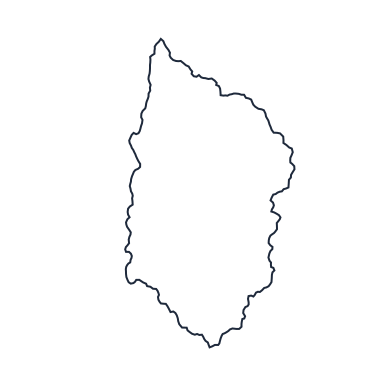 the district of Teresópolis, Rio de Janeiro, Brazil, rotated 315°
{"feature_id": "56859067B36550414581908", "entity_name": "Teresópolis", "entity_type": "district", "adm_level": 2, "iso_a3": "BRA", "parent_name": "Brazil", "parent_adm1": "Rio de Janeiro", "projection": "robinson", "projection_center": [-42.875, -22.297], "detail": "fine", "context": "isolated", "style": "outline", "palette": "slate", "viewbox_px": 384, "rotation_deg": 315, "n_neighbors": 0, "source": "geoboundaries", "source_scale": "gbopen_adm2", "svg_char_len": 3861}
<svg xmlns="http://www.w3.org/2000/svg" viewBox="0 0 384 384"><g transform="rotate(315 192 192)"><path d="M291.4,235.1L293.3,231.8L292.2,229.3L292.0,225.5L291.3,222.0L293.3,220.1L295.7,217.3L295.7,212.8L294.0,210.3L291.7,207.8L292.3,204.3L293.6,201.6L294.6,199.0L295.6,197.2L296.6,195.2L297.1,193.1L297.7,191.0L299.4,188.5L300.6,185.0L299.7,182.8L297.8,180.1L297.0,176.3L297.1,173.6L298.0,171.3L299.2,168.5L298.3,166.0L296.7,163.5L297.6,160.1L295.7,158.1L294.5,155.7L292.8,153.6L291.3,152.0L289.2,150.9L287.5,149.7L285.2,149.0L283.9,147.3L282.4,146.1L280.7,143.8L283.1,141.1L285.0,138.7L285.9,136.1L284.8,133.4L286.6,132.3L286.8,129.3L286.2,125.7L283.5,123.7L281.9,120.9L280.6,119.4L279.6,117.5L279.6,114.2L276.7,113.7L275.1,111.4L275.3,108.1L277.4,106.9L277.6,104.2L278.4,100.9L277.3,98.1L277.1,95.1L276.7,91.4L274.8,89.8L273.3,88.0L272.0,85.3L271.9,82.0L272.7,79.6L274.9,77.9L275.8,74.9L276.3,70.9L277.2,67.8L278.4,65.1L278.2,61.7L274.9,62.3L271.4,62.2L268.5,62.8L267.0,64.4L265.2,65.7L263.2,67.7L260.0,67.0L257.9,66.9L256.2,69.0L254.0,71.0L252.1,72.5L249.8,74.8L247.7,76.7L245.7,78.3L243.1,79.7L241.1,81.3L239.8,83.6L238.5,87.0L236.1,88.4L234.1,90.8L230.9,91.7L228.7,93.8L226.8,94.8L223.9,96.0L222.2,97.0L220.0,98.7L218.1,99.8L214.4,99.8L211.6,100.8L208.9,103.2L208.0,106.0L205.2,108.1L202.7,109.3L200.2,110.8L198.0,112.0L195.7,112.6L193.4,111.6L192.5,108.9L189.7,109.0L186.8,110.1L184.0,111.2L182.5,113.4L181.7,116.0L180.6,118.3L180.2,120.7L179.3,123.1L178.6,125.3L177.7,127.2L176.7,129.9L175.9,132.4L175.2,135.5L173.0,137.6L170.4,137.5L167.5,136.4L165.2,136.6L162.6,137.7L160.8,138.4L158.0,139.9L156.1,141.5L154.1,142.6L152.2,143.8L150.9,146.1L149.3,148.4L148.6,150.9L147.4,152.8L145.2,154.1L143.4,156.4L141.1,159.0L137.8,158.3L135.0,158.6L132.4,160.6L130.8,162.8L130.0,165.7L127.0,165.6L123.9,166.8L122.6,168.5L121.5,170.7L120.9,174.0L120.2,177.2L118.4,178.6L115.9,179.5L113.6,180.9L111.3,183.7L108.5,184.1L106.3,184.2L104.2,185.3L103.0,187.7L105.1,189.8L105.2,192.4L104.2,194.7L102.5,195.9L100.7,196.5L98.5,198.1L96.5,197.6L94.6,197.8L92.6,198.4L90.7,199.7L89.2,201.4L87.4,203.3L85.5,205.7L84.2,208.7L83.4,211.0L83.9,213.5L86.2,215.0L88.3,215.2L90.4,214.7L92.6,216.8L93.5,221.4L94.7,224.4L93.7,226.8L95.6,229.6L96.0,232.8L98.1,235.2L97.8,237.4L96.9,239.6L95.9,241.4L93.7,242.2L92.1,244.4L91.5,246.5L91.2,248.8L92.8,250.8L94.4,252.6L93.9,255.4L93.1,258.1L91.9,261.7L94.3,263.3L94.7,265.8L94.0,268.5L92.6,271.3L90.9,273.6L89.5,276.5L89.1,280.8L92.3,284.2L91.0,286.7L91.3,289.2L91.8,292.3L93.1,294.9L95.2,296.0L96.1,298.3L98.1,299.9L97.6,302.2L96.7,304.6L96.3,306.9L96.8,309.6L95.8,311.6L94.6,314.3L97.3,315.5L100.0,316.3L102.4,318.7L104.3,318.4L106.4,317.1L108.7,315.8L111.4,314.6L113.3,314.1L115.0,314.9L117.1,315.5L119.5,316.0L121.6,316.0L124.1,317.1L126.7,320.4L128.6,322.2L131.7,322.3L133.7,320.3L135.5,318.9L137.8,317.4L139.5,318.4L141.7,317.4L142.6,313.8L145.0,311.9L148.4,311.1L150.6,312.0L152.5,311.6L154.0,310.1L156.0,307.2L158.4,305.6L160.6,307.1L161.5,309.3L163.4,309.2L166.1,308.4L168.0,309.1L169.3,310.7L172.0,311.0L175.2,310.9L177.2,312.1L179.5,312.8L181.9,312.5L184.5,311.9L187.5,309.3L189.9,307.1L192.1,305.7L194.8,305.7L195.9,303.2L194.9,301.0L196.3,299.3L198.0,297.7L198.2,295.4L199.7,292.4L203.2,290.2L205.7,289.2L208.4,289.2L210.1,287.7L209.7,285.0L210.1,282.3L212.2,280.4L214.0,279.2L216.6,278.3L218.9,278.6L220.8,279.0L222.7,278.9L225.8,278.4L228.2,275.9L230.0,273.9L232.8,273.6L234.9,273.3L236.6,272.5L237.1,269.9L236.6,267.7L235.7,264.6L234.3,261.9L236.2,260.8L238.5,260.3L240.5,259.3L241.8,256.8L241.6,253.5L244.4,252.3L247.6,251.3L249.7,252.6L252.0,252.9L254.2,253.8L256.0,255.1L258.8,254.8L260.9,256.0L263.4,257.0L266.3,254.5L269.2,251.9L272.1,251.7L274.2,249.9L277.4,249.1L280.5,248.4L282.6,246.0L282.7,242.9L282.4,240.7L283.8,239.1L285.7,237.4L288.2,236.5L291.4,235.1Z" fill="none" stroke="#1e293b" stroke-width="2"/></g></svg>